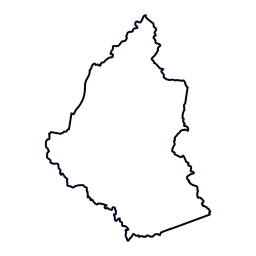 outline of Ku-ring-gai, New South Wales, Australia
{"feature_id": "25037944B69948285060259", "entity_name": "Ku-ring-gai", "entity_type": "district", "adm_level": 2, "iso_a3": "AUS", "parent_name": "Australia", "parent_adm1": "New South Wales", "projection": "robinson", "projection_center": [151.146, -33.727], "detail": "fine", "context": "isolated", "style": "outline", "palette": "ink", "viewbox_px": 256, "rotation_deg": 0, "n_neighbors": 0, "source": "geoboundaries", "source_scale": "gbopen_adm2", "svg_char_len": 5796}
<svg xmlns="http://www.w3.org/2000/svg" viewBox="0 0 256 256"><path d="M67.3,185.1L67.7,185.6L68.1,185.9L70.4,186.3L72.3,187.3L73.0,187.5L73.7,187.3L75.2,186.1L78.4,185.3L82.0,185.1L83.4,185.3L83.8,185.7L84.3,186.6L86.3,187.4L86.8,187.9L86.9,189.0L86.6,190.2L86.9,191.1L87.5,191.8L87.4,192.7L88.0,195.2L87.6,196.5L87.7,197.3L88.1,197.5L88.8,197.1L89.4,197.2L90.4,198.5L90.5,198.8L90.3,199.6L90.5,199.9L91.1,200.2L91.9,199.7L92.2,199.8L92.7,200.3L93.9,202.2L95.8,204.0L96.9,204.5L98.3,203.5L100.6,203.7L102.5,204.0L105.8,205.0L106.5,205.3L106.5,205.5L105.9,206.1L105.0,206.5L104.6,207.2L104.6,207.5L105.2,208.2L105.8,208.5L107.7,208.1L109.0,209.1L111.3,209.9L112.0,209.6L112.5,207.7L112.8,207.3L113.7,207.3L114.8,207.8L115.0,208.4L115.1,209.5L115.9,210.7L115.9,213.2L115.8,213.9L115.4,214.4L114.9,214.5L114.2,214.3L113.9,214.8L114.1,215.6L114.8,217.0L114.8,218.1L114.9,219.3L115.3,220.4L115.9,220.9L116.3,220.9L118.1,219.1L119.0,218.5L119.6,218.5L119.8,219.1L119.8,221.0L120.2,221.6L121.4,222.0L121.7,222.3L122.1,223.2L122.3,225.6L122.5,225.9L123.0,226.1L124.7,226.0L125.4,226.3L126.9,227.5L128.2,229.0L128.3,229.6L128.0,229.8L127.3,230.0L126.0,230.0L125.6,230.2L125.5,230.4L126.2,232.0L125.6,234.5L125.9,236.5L126.1,237.2L126.8,238.3L127.3,240.1L127.6,240.5L127.9,240.6L128.5,240.5L129.9,238.4L131.3,237.2L133.2,234.0L134.3,234.4L135.5,235.4L136.1,235.7L136.7,235.7L138.1,235.4L138.5,235.4L138.9,235.8L139.0,236.3L139.2,236.8L140.6,236.2L141.6,236.1L142.5,236.3L143.4,236.8L144.1,236.6L145.1,237.0L145.7,236.7L146.6,235.6L147.0,235.5L148.4,235.6L150.1,236.6L152.7,236.6L154.4,234.8L155.8,234.2L156.5,234.1L158.2,234.3L158.9,234.8L159.8,235.1L160.2,234.0L161.2,232.4L170.2,228.9L170.3,229.1L209.7,214.6L209.4,213.4L209.4,213.1L209.2,212.6L210.0,212.4L210.1,212.0L210.1,211.4L209.8,210.7L208.7,209.4L208.6,208.9L207.0,208.0L206.4,207.1L203.9,206.0L203.6,205.6L203.1,205.9L202.6,205.2L201.9,203.5L203.3,202.2L203.5,201.0L203.2,200.4L200.7,198.0L199.4,197.6L197.9,197.6L197.5,196.8L197.6,196.5L197.3,195.4L197.2,193.7L197.9,190.9L197.5,190.1L197.4,187.4L197.2,186.9L196.3,186.1L193.6,185.3L192.3,184.8L191.0,183.8L190.3,183.5L188.8,181.7L189.3,181.3L188.9,180.4L187.5,179.3L187.0,178.1L187.1,177.0L187.5,176.3L191.1,174.0L193.2,173.5L193.7,173.2L193.6,172.5L193.3,172.0L192.4,171.6L191.0,171.4L190.6,170.9L191.2,167.7L191.0,166.8L190.7,166.4L189.8,165.8L188.7,165.6L188.4,165.5L188.2,164.8L188.5,163.3L188.2,162.8L186.6,162.1L186.1,161.6L184.6,158.0L183.4,155.8L183.0,155.7L182.7,155.9L182.1,156.7L181.3,157.0L180.2,156.9L178.6,156.3L177.9,155.8L174.6,154.2L174.6,153.8L174.7,153.3L174.5,152.6L174.0,152.2L172.6,151.6L172.2,151.0L172.2,149.9L172.7,148.2L173.3,146.8L174.2,145.4L174.6,144.5L174.6,143.6L174.3,142.1L174.0,141.5L174.1,141.0L175.0,139.9L174.6,138.5L175.2,137.0L177.0,135.3L177.3,134.6L177.9,133.8L179.0,133.1L179.6,132.4L180.2,131.4L181.6,130.3L183.0,129.8L184.0,130.2L184.5,129.7L185.4,129.7L186.3,129.8L187.5,130.7L187.8,130.7L188.1,130.2L188.2,129.2L188.0,128.2L187.4,127.1L185.3,125.7L184.5,126.0L184.2,125.8L184.0,124.9L184.6,123.5L183.4,122.1L183.2,120.9L183.7,119.1L182.7,118.3L182.5,117.4L182.7,116.4L182.6,115.0L182.9,113.5L182.9,113.1L184.4,109.6L183.9,105.5L184.3,104.5L185.2,103.5L187.6,87.4L186.7,86.7L185.6,84.7L185.3,83.6L185.0,83.0L184.8,82.0L183.6,80.5L181.1,80.7L179.7,80.5L178.9,80.3L177.0,80.1L175.3,80.4L174.1,80.0L171.9,79.6L169.7,80.0L169.1,80.0L167.8,79.5L166.5,79.3L164.1,77.6L163.7,77.3L163.6,76.9L163.9,75.3L163.8,74.9L163.2,73.8L161.6,72.1L161.4,71.4L161.5,70.8L162.9,69.6L163.1,69.2L161.5,68.7L160.3,68.5L159.6,68.1L156.6,64.5L155.2,63.4L154.2,63.0L153.6,61.2L151.7,59.3L151.8,58.6L152.1,58.1L155.0,55.2L157.3,51.7L158.0,50.2L157.9,48.3L158.1,47.8L158.7,47.0L159.7,46.3L160.3,45.4L160.1,44.9L159.2,44.1L158.2,43.7L156.6,43.4L155.7,42.8L155.3,41.8L155.5,40.5L155.1,39.8L153.7,38.1L153.6,37.7L153.8,36.6L154.5,36.0L155.5,35.7L155.5,34.7L154.6,33.0L154.6,32.6L154.8,31.8L156.0,30.3L156.2,29.6L156.1,29.1L155.8,28.4L153.9,26.8L153.6,25.9L153.5,24.1L153.2,23.4L150.4,21.3L147.5,18.9L146.2,17.6L145.8,16.9L145.8,15.4L144.6,15.4L144.1,15.8L143.1,17.2L142.1,19.9L140.8,21.9L140.5,22.3L138.8,22.3L137.5,21.6L136.9,21.5L136.5,21.6L135.7,22.2L135.2,23.6L135.4,24.8L135.7,25.4L137.2,27.0L137.4,27.4L137.3,27.8L136.4,28.1L134.4,28.4L133.9,28.7L133.3,29.4L132.6,31.2L131.9,31.7L129.1,31.9L128.0,32.5L127.7,32.8L126.3,36.1L126.3,36.8L126.8,37.5L126.8,38.1L126.5,38.8L125.4,40.6L124.4,41.1L122.5,41.3L121.9,41.6L120.9,42.7L120.1,44.0L118.2,45.9L116.2,46.2L114.1,45.9L113.0,46.3L112.8,46.7L113.1,47.9L112.9,48.5L112.4,49.9L111.3,51.3L110.6,53.3L110.7,53.9L111.0,54.2L112.6,54.2L112.9,54.5L113.0,55.0L112.6,56.8L110.6,57.5L108.8,57.8L105.5,60.3L104.5,61.6L103.7,62.3L103.1,62.5L101.8,62.5L100.8,63.9L100.4,65.4L100.0,65.7L99.3,65.7L98.4,64.7L98.0,64.5L97.1,64.6L96.0,65.0L95.7,65.0L94.7,63.6L94.3,63.6L93.6,64.0L93.0,64.4L92.4,65.2L91.8,66.3L91.0,68.8L90.3,69.7L89.7,70.1L89.7,72.3L89.2,74.4L88.5,76.1L86.1,80.5L85.4,82.4L85.0,85.3L84.9,89.8L84.7,92.4L83.8,96.8L82.6,100.1L80.5,104.0L79.0,106.2L76.0,109.8L73.7,114.1L71.5,113.5L69.0,129.0L68.4,129.1L68.0,129.4L66.3,131.4L65.5,131.7L65.0,131.6L64.1,131.6L63.4,132.4L61.4,133.3L60.9,133.7L60.6,133.8L51.0,132.1L50.6,132.8L49.6,133.3L49.1,133.8L49.1,134.2L49.6,134.9L49.2,136.2L49.6,137.2L49.4,138.7L49.2,139.1L47.6,139.4L47.2,139.7L46.3,141.0L45.9,142.1L45.9,145.8L46.1,146.8L46.5,147.4L48.1,149.3L48.9,151.3L47.8,152.4L47.2,153.2L47.2,155.4L47.0,157.3L47.9,158.3L49.4,159.3L50.2,160.0L50.6,161.1L50.4,162.2L50.7,162.7L53.4,163.8L56.1,163.6L57.2,163.7L57.9,164.0L58.3,164.7L58.5,165.5L58.5,166.8L58.7,168.2L59.0,168.7L60.2,169.6L60.5,170.1L60.5,170.7L60.0,172.3L60.1,173.2L60.7,174.5L61.1,174.7L62.1,173.5L62.6,173.5L64.8,176.9L67.3,179.0L66.9,181.2L67.4,182.6L67.3,185.1Z" fill="none" stroke="#020617" stroke-width="2"/></svg>